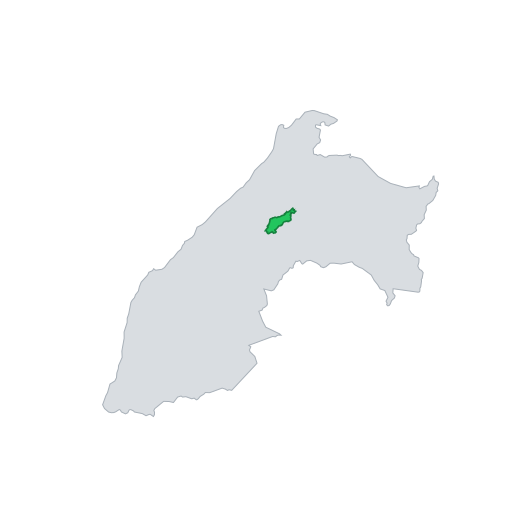 Bellavista, San Martín, Peru (highlighted), rotated 69°
{"feature_id": "86281439B21945192230195", "entity_name": "Bellavista", "entity_type": "district", "adm_level": 2, "iso_a3": "PER", "parent_name": "Peru", "parent_adm1": "San Martín", "projection": "natural_earth1", "projection_center": [-76.375, -7.551], "detail": "fine", "context": "in_parent", "style": "filled", "palette": "green", "viewbox_px": 512, "rotation_deg": 69, "n_neighbors": 0, "source": "geoboundaries", "source_scale": "gbopen_adm2", "svg_char_len": 8190}
<svg xmlns="http://www.w3.org/2000/svg" viewBox="0 0 512 512"><g transform="rotate(69 256 256)"><path d="M349.9,149.4L349.8,150.8L348.3,151.5L346.9,150.5L344.8,150.8L341.8,147.6L334.4,148.1L331.2,151.9L326.4,152.7L321.1,154.4L315.1,155.2L305.7,161.2L303.5,163.7L299.2,167.2L295.8,168.4L294.0,179.4L290.6,185.8L289.3,189.4L291.1,194.6L291.1,197.2L289.2,199.4L287.6,199.6L284.4,201.8L279.6,206.7L278.7,210.4L280.3,215.3L279.7,215.9L275.8,216.8L275.9,219.6L275.1,220.6L278.4,224.6L280.3,225.5L280.4,226.5L280.0,227.5L279.3,227.9L279.2,228.8L281.6,231.7L283.4,237.6L286.9,240.4L286.9,242.3L287.9,244.2L289.8,245.6L294.0,251.5L294.0,254.2L289.6,260.5L296.9,260.4L304.9,262.6L306.1,263.6L307.0,266.4L307.1,268.2L308.7,269.7L308.6,273.2L319.1,273.2L326.0,272.4L337.1,261.9L338.9,261.0L337.9,263.3L337.8,264.9L338.4,266.8L337.1,269.3L336.8,294.8L338.9,293.4L341.4,295.8L343.3,295.9L349.4,293.1L356.5,293.5L372.7,326.8L371.2,329.1L371.3,330.8L369.3,332.3L367.2,335.0L367.0,348.2L365.3,352.2L366.3,354.3L367.1,358.5L368.6,361.1L369.0,362.7L368.8,363.3L366.5,364.7L366.3,367.1L362.2,371.9L361.4,375.1L359.9,376.1L359.6,379.7L363.2,385.6L360.8,389.1L358.6,394.3L362.2,405.2L363.7,406.8L365.4,406.7L367.8,407.7L369.1,409.3L366.0,411.4L365.6,412.3L365.7,415.9L362.4,418.6L358.0,425.5L356.8,425.8L354.6,427.9L354.2,428.9L354.5,429.9L356.4,431.9L356.6,434.4L353.4,437.5L351.2,437.9L350.3,438.7L351.2,442.9L351.2,444.9L350.5,447.1L348.9,449.5L344.1,452.1L339.9,452.5L332.6,446.2L330.4,443.6L323.2,438.2L322.1,432.6L319.7,429.9L315.3,427.8L311.8,424.9L309.1,423.6L302.7,417.3L296.7,415.3L285.6,408.6L279.7,406.4L272.0,400.2L267.9,398.5L264.5,395.6L254.5,389.4L252.9,387.4L251.4,384.4L249.1,382.5L246.6,378.4L242.9,375.9L239.3,372.6L234.9,363.9L232.8,361.9L232.6,357.9L231.2,356.1L233.3,354.8L234.7,348.6L234.0,345.5L228.8,337.2L227.9,333.7L224.1,327.4L222.8,323.5L219.8,320.8L218.5,318.3L216.9,317.3L216.8,314.4L215.6,308.8L214.0,306.0L208.0,300.7L207.4,295.0L206.1,291.1L197.8,275.0L193.0,259.6L188.9,251.0L187.2,246.1L187.1,243.4L184.1,238.8L182.5,234.7L175.7,226.6L171.8,217.7L171.2,215.0L168.6,210.1L164.2,203.7L162.1,201.2L149.1,193.3L143.0,188.5L142.3,186.0L142.6,184.6L143.9,183.2L145.8,184.3L146.9,183.8L147.8,182.1L147.8,179.4L146.6,176.0L142.5,169.4L143.6,166.4L139.3,158.7L140.3,151.3L141.2,149.4L147.5,141.8L149.3,138.6L152.0,136.6L154.7,133.6L158.0,131.2L159.0,132.0L160.0,136.1L159.8,138.8L160.7,141.7L158.4,144.5L156.0,143.9L155.0,144.6L154.6,145.8L155.0,147.9L155.7,148.8L157.5,148.8L155.0,152.8L155.2,153.6L157.0,154.3L158.6,153.3L160.4,151.0L161.5,150.7L167.8,154.6L170.8,154.1L173.0,155.9L173.3,158.7L176.5,164.3L181.2,165.6L182.0,165.1L183.0,163.1L184.1,162.8L184.3,159.7L188.4,156.4L189.0,154.2L188.4,152.6L188.5,151.3L190.9,144.1L191.7,143.3L192.4,141.0L193.3,139.6L194.7,131.4L195.8,131.5L196.9,133.4L198.2,132.9L197.5,131.1L197.7,130.4L202.2,123.9L203.7,122.5L225.6,113.5L236.5,104.3L246.1,91.4L249.1,78.4L250.2,79.3L252.0,79.0L251.4,73.7L251.9,71.2L251.8,70.5L248.8,67.4L247.6,63.9L245.0,62.0L245.1,61.2L247.9,62.0L250.4,61.6L252.5,59.5L254.1,59.7L257.7,62.6L260.3,62.9L261.2,65.0L263.8,66.5L267.5,71.0L269.1,75.9L269.0,76.8L270.6,79.4L274.2,80.6L277.7,84.2L281.4,85.4L283.1,88.6L284.1,89.7L284.6,91.5L284.0,93.7L284.5,94.9L287.3,96.8L289.6,96.9L290.1,97.8L291.4,103.2L290.5,105.9L290.9,107.4L293.9,108.8L294.8,109.9L297.2,110.2L300.7,109.0L304.9,110.7L308.2,110.1L309.7,109.6L311.3,108.4L312.5,108.5L315.9,105.0L316.8,104.7L320.4,106.3L323.4,108.6L327.1,108.2L328.7,106.7L331.4,105.9L336.2,108.8L337.3,110.2L338.6,110.4L343.9,113.3L344.8,114.5L347.5,115.6L348.1,116.5L347.9,117.6L335.7,139.7L339.5,141.5L343.0,140.4L344.8,141.8L346.2,145.4L348.9,147.8L349.9,149.4Z" fill="#d9dde1" stroke="#a8b0b8" stroke-width="1"/><path d="M235.5,213.1L235.2,213.0L235.2,212.9L235.2,212.5L235.1,212.0L235.2,211.8L235.1,211.4L235.2,211.1L235.2,210.9L235.0,210.7L234.7,210.3L234.2,210.4L234.0,210.2L233.7,210.3L233.6,210.2L233.4,210.0L233.1,210.1L232.6,209.9L232.5,210.0L232.3,210.0L232.2,209.9L232.0,209.6L231.9,209.6L231.7,209.4L231.4,209.2L231.1,209.0L230.9,209.1L230.7,209.0L230.4,209.2L230.4,208.7L230.3,209.0L230.2,209.0L230.0,208.8L229.8,208.8L229.7,208.9L229.7,209.0L229.5,208.9L229.5,208.7L229.4,208.7L229.3,208.4L229.2,208.5L229.3,208.6L229.2,208.6L229.1,208.4L229.0,208.6L228.9,208.5L228.9,208.4L228.9,208.2L228.7,208.2L228.4,208.2L228.5,207.9L228.4,207.9L228.4,207.7L228.2,207.7L228.2,207.4L228.0,207.2L228.2,206.8L228.4,206.8L228.6,206.7L228.7,206.3L229.4,205.7L229.4,205.4L229.4,205.1L229.6,204.9L229.5,204.7L229.2,204.6L229.0,204.4L228.9,204.3L228.8,203.4L228.6,203.1L228.5,202.8L228.4,202.8L228.4,203.0L228.2,203.3L227.1,204.3L227.1,204.2L226.9,204.0L226.7,204.0L226.6,203.9L226.6,204.0L226.4,204.0L226.2,204.2L226.1,204.3L225.9,204.3L225.7,204.4L225.6,204.5L225.2,204.4L224.5,204.5L225.0,206.0L225.4,206.7L225.5,206.9L226.0,207.8L226.2,208.0L226.4,208.4L226.3,208.8L226.0,208.9L226.1,209.1L226.2,209.3L226.4,209.6L226.5,210.0L226.4,210.4L226.5,210.6L226.4,210.8L226.1,210.9L225.9,211.3L225.7,211.4L226.0,211.6L226.2,211.8L226.3,211.8L226.4,212.0L226.5,212.3L226.5,212.6L226.6,212.8L226.7,213.1L226.8,213.2L226.7,213.2L226.8,213.3L226.6,213.4L226.6,213.7L226.7,213.9L226.8,213.9L226.8,214.0L227.0,213.9L227.1,214.0L227.3,214.3L227.4,214.6L227.6,214.7L227.6,214.8L227.7,215.1L227.8,215.1L227.8,215.3L227.7,215.3L227.7,215.5L227.6,215.8L227.7,216.0L227.7,216.5L227.6,216.9L227.5,217.0L227.7,217.3L227.6,217.5L227.7,218.1L227.8,218.2L227.8,218.4L227.7,218.5L227.8,218.8L227.9,219.2L227.9,219.5L227.9,219.9L227.8,220.1L227.8,220.5L227.5,220.7L227.6,221.2L227.5,221.3L227.4,221.8L227.6,221.9L227.6,222.1L227.7,222.8L227.6,223.0L227.4,223.3L227.2,223.3L226.8,223.8L226.7,224.1L226.7,224.4L226.5,224.8L226.7,225.4L226.6,225.6L226.5,226.3L226.4,226.5L226.4,226.8L226.4,227.0L226.6,227.0L226.6,226.9L226.8,227.0L226.9,227.3L226.9,227.5L226.8,227.8L226.6,228.1L226.6,228.4L226.5,228.6L226.5,229.0L226.8,229.3L226.8,229.9L227.0,230.0L227.4,230.2L227.7,230.0L227.9,230.1L228.0,230.2L228.2,230.3L228.2,230.5L228.5,230.8L228.9,230.9L229.0,231.1L229.3,231.2L229.7,231.4L229.7,231.5L229.8,231.7L229.9,231.8L230.1,231.8L230.4,232.2L230.6,232.3L230.9,232.7L231.2,232.9L231.1,233.1L231.2,233.3L231.4,233.3L231.6,233.1L231.9,233.4L232.1,233.6L231.9,233.9L231.9,234.3L232.0,234.5L232.3,234.6L232.5,234.6L232.5,234.8L232.9,234.7L233.1,234.7L233.3,234.6L233.4,234.8L233.6,234.8L233.7,234.7L233.8,234.8L233.9,235.0L233.9,235.3L234.2,235.4L234.4,235.8L234.5,236.2L234.5,236.5L234.9,236.7L235.1,236.8L235.1,237.2L235.3,237.7L235.3,237.8L235.4,238.1L235.7,238.3L235.7,237.9L235.9,237.7L236.0,237.6L236.1,237.4L236.4,237.3L236.5,237.2L236.8,237.3L237.1,237.2L237.1,237.3L237.2,237.5L237.3,237.5L237.4,237.3L237.5,237.2L237.8,237.0L238.0,236.7L238.2,237.0L238.4,237.1L238.6,237.0L238.8,237.0L238.8,236.9L239.0,236.9L239.1,237.0L239.2,236.9L239.3,236.8L239.5,236.7L239.7,236.2L239.7,235.9L239.7,235.7L239.6,235.4L239.5,235.2L239.5,234.8L239.5,234.7L239.3,234.5L239.2,234.2L239.2,233.8L239.3,233.7L239.4,233.4L239.3,233.0L239.3,232.8L239.2,232.7L239.0,232.3L239.4,232.1L239.4,231.9L239.6,231.7L239.8,231.8L239.9,231.7L240.0,231.7L240.2,231.8L240.4,231.6L240.5,231.7L240.8,231.4L241.0,231.4L241.0,231.1L241.1,230.9L241.1,230.2L241.2,229.8L241.3,229.6L241.1,229.4L241.1,229.1L240.9,228.9L240.9,228.7L240.7,228.5L240.3,228.7L240.2,228.7L240.0,228.8L239.6,229.0L239.2,229.0L238.9,229.2L238.8,229.3L238.7,229.3L238.4,229.3L238.3,229.2L238.3,228.9L238.4,228.4L238.5,228.3L238.6,228.2L238.3,227.8L238.1,227.9L238.0,227.7L238.0,227.2L237.7,226.8L237.7,226.7L237.4,226.2L237.3,225.7L237.2,225.7L236.9,225.3L236.9,225.2L236.6,225.1L236.5,224.4L236.2,224.2L236.3,224.1L236.2,223.8L236.3,223.6L236.3,223.0L236.2,222.7L236.3,222.5L236.6,222.3L236.6,222.0L236.4,221.8L236.6,221.7L236.6,221.2L236.5,220.8L236.4,220.7L236.0,220.8L235.9,220.3L235.9,220.0L235.7,219.9L235.5,219.5L235.2,219.5L235.0,219.3L234.8,218.8L234.7,218.7L234.6,218.3L234.3,218.0L234.3,217.9L234.1,217.3L234.1,217.1L234.2,216.9L234.3,216.7L234.5,215.9L234.2,215.5L234.2,215.4L234.5,215.1L234.6,214.8L234.8,214.6L235.0,214.4L235.2,214.0L235.3,213.7L235.2,213.7L235.4,213.5L235.4,213.4L235.5,213.1Z" fill="#22c55e" stroke="#15803d" stroke-width="1.5"/></g></svg>